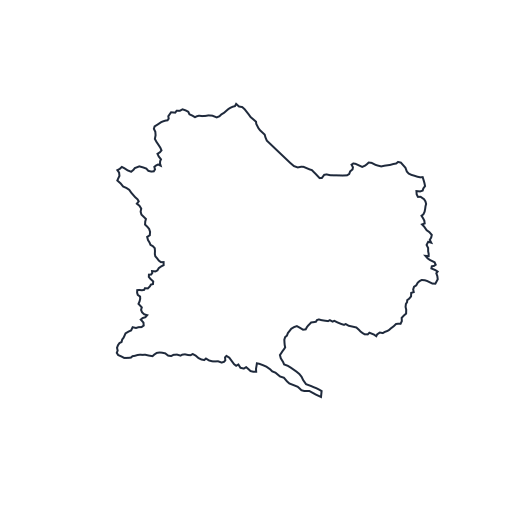 the district of Paraíso do Tocantins, Tocantins, Brazil, rotated 305°
{"feature_id": "56859067B72116218699042", "entity_name": "Paraíso do Tocantins", "entity_type": "district", "adm_level": 2, "iso_a3": "BRA", "parent_name": "Brazil", "parent_adm1": "Tocantins", "projection": "equal_earth", "projection_center": [-48.851, -10.214], "detail": "fine", "context": "isolated", "style": "outline", "palette": "slate", "viewbox_px": 512, "rotation_deg": 305, "n_neighbors": 0, "source": "geoboundaries", "source_scale": "gbopen_adm2", "svg_char_len": 5477}
<svg xmlns="http://www.w3.org/2000/svg" viewBox="0 0 512 512"><g transform="rotate(305 256 256)"><path d="M233.5,128.6L230.5,128.4L230.3,131.7L229.0,134.8L226.1,136.1L224.2,138.4L223.7,141.5L223.2,144.6L220.7,145.5L218.1,147.1L217.6,150.3L216.9,152.9L215.0,155.4L212.1,157.1L209.2,155.9L207.1,158.4L206.0,161.0L204.6,163.2L204.9,165.9L204.3,168.6L202.1,170.4L199.6,172.0L198.0,173.7L197.4,176.2L196.5,179.0L196.4,181.6L198.0,183.8L195.5,185.6L193.1,184.3L190.3,183.3L187.7,183.5L185.7,182.5L184.0,179.5L182.5,180.8L180.6,180.7L179.3,179.0L177.4,180.2L176.7,182.7L176.2,186.4L173.9,187.7L172.3,186.3L170.3,186.5L167.4,186.0L165.9,183.5L164.1,183.8L162.5,182.2L161.2,179.8L159.9,178.3L157.7,179.7L156.3,181.5L156.3,184.3L154.5,185.7L152.2,186.6L149.4,187.2L148.4,191.9L145.9,192.8L144.5,195.0L144.1,197.8L145.1,200.8L142.4,200.5L140.1,198.7L137.8,198.1L136.9,202.0L134.6,203.9L132.1,203.0L130.3,200.6L128.2,199.0L126.9,195.8L123.4,196.4L121.1,195.0L117.8,193.5L114.8,194.1L113.0,194.4L110.9,194.3L108.4,195.2L106.4,194.1L103.8,194.1L101.1,194.8L99.2,196.9L96.8,197.5L95.8,199.9L96.5,203.4L96.9,206.5L99.2,209.7L101.0,211.8L103.1,212.3L104.6,213.9L107.0,215.8L108.7,217.7L110.0,219.9L111.5,221.7L113.0,225.4L114.6,228.7L116.9,229.2L119.7,230.3L121.6,232.3L122.8,234.3L124.2,237.5L124.0,241.2L125.4,243.9L127.7,245.1L129.9,247.8L131.1,251.3L132.9,252.2L134.7,254.2L136.0,257.3L137.2,259.3L139.4,260.4L139.8,263.7L139.4,267.4L139.9,270.6L141.1,273.3L143.3,273.8L143.5,277.5L144.7,280.7L146.2,283.0L148.0,285.3L149.0,289.0L151.0,290.5L152.9,290.7L155.2,288.8L157.2,289.1L157.4,292.4L155.9,296.8L154.8,300.1L154.7,302.7L157.0,303.8L155.5,307.4L156.8,310.6L159.3,311.7L159.0,314.8L158.6,317.5L159.6,320.1L161.3,322.5L163.6,320.7L166.8,319.2L168.6,318.3L169.6,320.6L170.6,324.5L171.3,328.0L171.3,332.6L170.8,335.4L171.6,338.9L171.1,344.8L172.3,348.7L171.1,353.2L170.7,356.4L172.0,361.7L172.8,365.2L172.5,367.8L172.1,370.2L173.1,373.0L176.0,377.1L176.8,384.5L177.8,390.1L183.0,387.2L182.7,383.9L182.3,381.2L181.6,378.4L181.1,375.8L179.7,370.5L181.4,365.8L183.2,362.6L184.2,359.2L184.5,355.4L184.5,352.2L184.5,348.6L184.3,345.1L183.3,341.2L184.7,339.0L186.4,335.0L188.6,332.4L190.5,332.4L193.3,332.3L196.0,332.4L197.9,332.3L199.5,330.6L201.4,329.0L203.7,327.2L206.3,326.4L208.5,327.0L211.2,326.3L214.1,326.5L216.6,326.6L219.7,328.0L222.0,329.7L222.4,333.3L222.6,336.8L224.4,338.8L226.9,338.5L228.9,338.6L231.1,339.0L233.2,339.3L235.0,341.3L236.5,342.8L238.5,342.7L240.1,343.9L240.9,346.2L242.4,349.3L244.0,352.4L245.8,353.3L246.2,356.4L247.8,357.3L248.3,360.7L249.2,364.8L250.1,367.6L251.7,368.5L252.0,371.9L253.5,375.5L255.0,379.2L254.6,382.5L254.1,384.9L254.0,387.6L254.2,390.0L255.9,392.5L258.2,392.9L259.3,397.7L259.3,400.5L261.3,400.2L264.3,401.3L265.6,404.1L267.6,405.0L270.1,406.7L271.9,407.5L273.8,407.9L277.5,409.1L280.6,409.7L282.0,411.2L283.4,413.3L286.3,412.8L288.9,410.8L292.2,411.3L294.9,412.0L298.1,409.9L300.1,407.7L302.7,406.3L304.9,406.2L306.6,405.2L308.7,405.9L311.8,406.2L314.8,404.3L316.9,405.9L318.8,403.9L321.5,403.1L323.8,404.1L326.9,403.8L329.3,404.4L331.4,405.5L333.0,408.3L333.7,410.6L334.1,413.2L334.6,416.3L336.2,418.8L341.2,418.2L343.5,416.1L345.3,413.6L347.4,413.7L347.3,410.9L346.4,406.8L348.4,405.9L350.0,407.5L351.9,408.2L353.3,405.9L352.5,400.8L352.5,398.0L353.3,394.7L354.9,397.5L356.7,396.3L358.5,394.4L361.3,392.4L362.9,389.4L366.4,388.9L367.4,391.9L368.9,389.1L371.6,388.9L374.1,387.9L375.0,384.3L375.0,381.0L376.5,376.9L377.1,373.9L379.4,375.5L381.5,373.6L382.7,371.3L383.9,368.5L386.1,369.2L389.0,368.7L391.7,367.5L394.0,366.3L396.2,365.5L397.9,363.5L398.9,361.1L398.9,356.9L397.3,354.7L398.7,352.2L401.2,350.2L403.0,353.4L405.2,355.0L407.3,354.3L410.2,354.4L412.3,352.2L413.7,350.5L416.2,347.3L414.7,345.5L413.5,342.7L412.6,339.7L411.6,336.8L411.1,333.8L411.7,331.1L414.0,327.8L415.6,321.1L414.5,318.4L412.2,317.8L410.2,315.8L407.5,313.6L403.8,309.6L401.2,307.2L399.9,303.8L399.2,301.6L398.6,297.3L397.2,294.7L394.8,294.2L392.6,293.5L389.9,291.9L388.6,284.7L387.6,282.6L385.6,281.9L384.3,284.5L382.3,285.4L379.3,284.6L376.6,285.3L374.3,284.3L371.6,280.8L369.2,277.1L366.6,273.3L364.7,270.4L363.3,267.0L361.6,265.3L357.7,265.2L356.3,263.4L357.5,257.6L357.9,255.2L358.4,252.5L357.7,250.3L356.3,243.8L355.1,241.9L352.5,239.4L351.4,235.5L351.9,230.5L356.7,198.7L358.6,195.7L360.4,193.5L361.3,187.2L362.1,184.7L364.4,180.4L366.0,179.0L366.4,175.3L366.7,171.9L367.8,168.8L369.7,162.5L370.1,159.3L368.7,156.3L369.2,152.5L366.7,152.8L364.9,151.3L362.7,150.0L360.6,149.1L357.9,148.4L355.0,147.7L352.1,146.4L349.5,145.9L347.0,144.3L345.9,139.7L343.9,136.4L341.8,134.3L339.7,131.6L338.2,128.8L336.4,127.3L334.7,126.4L334.5,123.4L333.9,120.2L335.3,117.8L334.9,114.8L334.0,111.7L331.2,110.3L329.5,107.7L327.1,107.6L325.0,104.0L322.4,104.0L320.2,104.0L318.4,105.7L316.4,105.7L315.0,104.2L313.2,102.8L311.4,101.6L309.3,100.8L307.0,99.9L304.0,98.6L301.6,99.4L300.0,102.3L297.3,104.5L293.9,106.0L292.4,109.0L291.1,112.4L289.8,115.6L288.3,118.0L285.9,117.8L283.2,116.7L281.7,119.3L280.7,122.7L278.7,123.1L276.7,124.3L275.3,126.1L274.8,123.3L272.8,122.2L270.7,121.6L269.0,123.6L266.7,123.7L265.1,121.8L264.0,119.0L264.7,116.0L263.8,112.7L262.5,109.0L260.1,107.4L258.5,106.3L256.3,106.2L253.4,105.4L252.5,101.7L252.4,97.9L252.0,95.0L249.1,94.4L246.8,93.2L245.8,96.0L243.3,98.2L240.8,98.6L238.3,99.1L237.8,103.5L236.7,107.3L237.4,110.8L237.5,114.2L236.3,117.5L235.7,119.9L234.9,123.1L234.5,126.4L233.5,128.6Z" fill="none" stroke="#1e293b" stroke-width="2"/></g></svg>